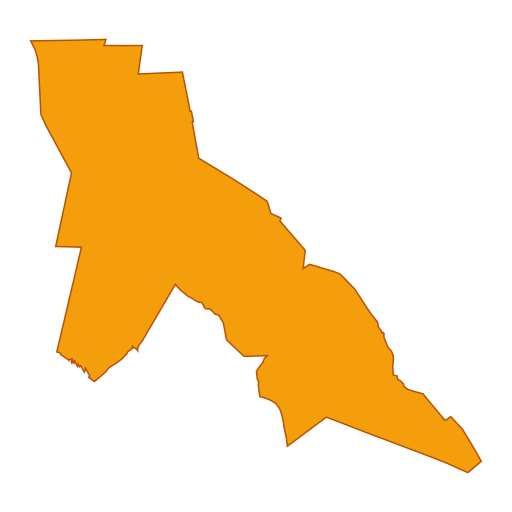 Escobedo, Coahuila, Mexico
{"feature_id": "50627088B23195967378884", "entity_name": "Escobedo", "entity_type": "district", "adm_level": 2, "iso_a3": "MEX", "parent_name": "Mexico", "parent_adm1": "Coahuila", "projection": "equal_earth", "projection_center": [-101.288, 27.307], "detail": "fine", "context": "isolated", "style": "filled", "palette": "amber", "viewbox_px": 512, "rotation_deg": 0, "n_neighbors": 0, "source": "geoboundaries", "source_scale": "gbopen_adm2", "svg_char_len": 2657}
<svg xmlns="http://www.w3.org/2000/svg" viewBox="0 0 512 512"><path d="M30.7,40.9L35.3,50.1L37.2,57.0L38.1,61.6L38.4,63.5L39.5,85.8L40.9,114.3L45.7,125.3L46.0,125.7L71.5,172.9L55.7,246.5L69.1,246.8L81.4,247.2L72.9,283.8L72.8,284.0L70.9,292.1L70.7,292.9L66.5,310.8L56.8,351.9L60.4,353.1L60.8,354.4L60.9,354.7L62.2,355.5L66.5,358.6L68.4,359.8L68.9,360.5L69.2,359.6L70.8,359.3L72.0,359.0L71.2,361.8L71.9,363.1L72.7,360.5L73.3,361.8L74.0,363.0L74.7,361.0L77.4,366.3L78.1,364.3L79.4,366.8L80.7,365.7L82.8,369.5L84.4,372.2L85.1,370.3L85.5,368.2L89.8,376.0L88.9,377.0L88.7,377.3L88.8,377.4L89.2,377.8L91.8,379.4L92.7,380.4L93.4,381.0L94.2,381.5L94.3,381.5L94.6,381.3L95.4,380.7L95.4,380.4L95.7,380.2L96.2,379.9L96.3,380.0L103.4,373.9L103.7,373.6L105.7,371.9L106.4,371.1L106.9,370.2L107.1,370.0L109.0,367.7L113.2,365.0L116.8,362.7L119.1,361.0L120.0,360.5L122.4,358.5L124.6,355.8L125.1,355.4L126.0,354.8L126.9,353.8L127.5,352.2L128.1,351.6L128.4,351.3L128.7,351.0L128.9,350.9L129.1,350.7L130.9,349.5L132.4,348.5L132.5,345.2L133.4,347.4L136.4,349.0L136.5,349.1L137.7,350.7L137.6,348.7L138.9,345.3L139.1,345.1L139.2,344.8L141.2,342.4L142.1,341.2L143.2,339.3L175.3,284.4L179.8,289.4L188.0,296.3L193.0,298.8L195.4,300.7L198.7,302.1L199.7,302.3L201.8,302.6L202.9,304.3L204.3,307.3L205.7,308.8L209.8,309.1L213.0,311.8L214.9,314.1L218.7,315.2L223.3,322.9L226.6,339.9L243.6,356.0L244.2,356.3L245.6,356.3L246.1,356.3L268.3,355.6L268.0,355.7L265.5,357.3L264.4,358.4L262.9,362.1L259.1,367.3L257.2,370.1L256.4,371.8L257.4,379.5L258.4,381.1L258.6,383.7L258.3,385.6L259.8,396.6L264.1,397.7L267.1,398.8L270.1,400.1L272.5,401.3L275.4,403.2L277.4,405.6L278.7,407.3L280.3,410.3L281.8,414.8L283.3,421.6L283.9,426.7L286.2,437.1L287.4,446.2L326.4,417.1L366.7,432.7L423.0,453.9L446.7,463.1L467.8,472.6L471.3,469.7L481.3,461.3L474.7,449.6L462.4,429.1L450.8,416.7L445.1,420.5L427.0,398.8L423.0,393.8L414.0,391.4L407.6,389.3L403.8,386.1L403.6,384.2L400.6,380.9L397.7,379.3L397.0,375.9L393.3,375.0L392.7,366.9L393.5,359.0L393.2,355.7L391.5,351.1L388.1,347.6L384.1,337.9L383.8,335.7L384.2,334.3L383.2,332.5L381.9,332.9L381.0,330.4L380.8,330.3L378.5,327.1L377.4,321.9L371.2,314.1L370.3,312.8L369.6,311.8L369.4,311.6L369.1,310.8L368.0,309.5L354.7,289.0L342.2,276.1L339.8,273.9L334.1,271.6L309.6,264.3L303.2,268.5L305.2,250.3L290.0,232.7L279.9,220.9L281.1,218.1L270.9,213.5L268.2,204.4L267.1,201.3L266.9,201.1L254.6,192.9L254.3,192.7L232.3,178.6L198.7,158.2L192.2,122.0L193.4,121.7L191.4,111.2L190.2,111.4L187.7,98.5L182.4,72.1L182.0,72.1L138.3,74.0L140.6,56.9L140.7,56.6L142.2,45.5L123.7,45.6L104.0,45.5L105.9,39.4L79.8,40.1L30.7,40.9Z" fill="#f59e0b" stroke="#b45309" stroke-width="1.5"/></svg>